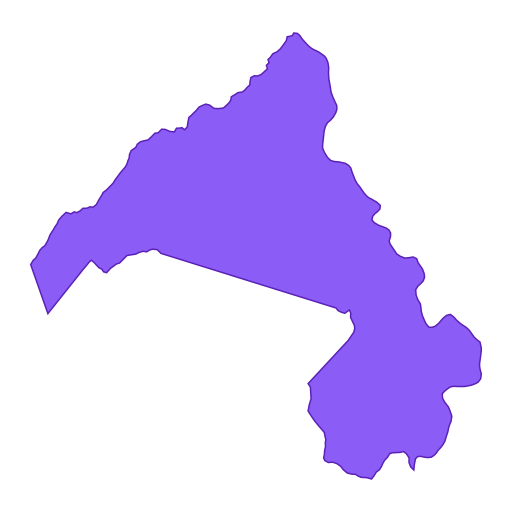 Várzea Grande, Mato Grosso, Brazil
{"feature_id": "56859067B85246185509081", "entity_name": "Várzea Grande", "entity_type": "district", "adm_level": 2, "iso_a3": "BRA", "parent_name": "Brazil", "parent_adm1": "Mato Grosso", "projection": "robinson", "projection_center": [-56.271, -15.559], "detail": "fine", "context": "isolated", "style": "filled", "palette": "violet", "viewbox_px": 512, "rotation_deg": 0, "n_neighbors": 0, "source": "geoboundaries", "source_scale": "gbopen_adm2", "svg_char_len": 4155}
<svg xmlns="http://www.w3.org/2000/svg" viewBox="0 0 512 512"><path d="M226.6,105.2L223.4,108.0L218.5,108.6L214.0,108.4L209.6,105.1L205.8,104.1L203.2,105.1L199.1,107.0L196.2,110.5L193.5,113.1L191.3,115.4L188.9,117.4L187.9,122.5L187.2,127.1L184.5,129.7L182.0,127.7L179.4,128.1L176.5,128.2L174.4,131.9L169.8,131.4L165.2,129.4L161.7,129.2L158.1,132.8L154.9,133.2L151.4,136.8L147.9,140.0L143.9,140.8L140.4,141.8L137.3,144.2L135.8,147.4L131.3,150.5L129.5,154.4L129.2,157.8L127.9,160.8L126.9,164.1L125.2,167.1L120.8,172.2L117.6,176.5L115.0,180.0L113.3,182.9L111.0,185.4L106.2,190.2L103.1,192.5L101.6,195.5L98.9,199.8L96.4,204.5L93.1,207.2L90.0,206.8L87.0,208.2L82.9,208.3L80.5,210.6L77.1,212.6L74.1,211.9L70.9,213.8L66.1,212.4L61.7,216.5L58.6,220.2L57.1,223.8L55.0,226.8L53.2,230.0L50.1,234.7L48.1,239.9L46.3,243.2L44.8,245.8L42.3,247.5L39.8,250.3L38.1,253.8L35.7,258.1L33.2,260.3L30.7,264.6L47.9,313.6L82.9,269.7L86.8,265.1L89.1,262.2L91.3,260.2L94.1,262.5L98.7,267.5L102.0,269.4L103.5,271.8L106.6,272.7L110.5,268.4L116.4,264.0L119.6,263.0L122.0,260.6L127.0,255.5L131.3,254.8L135.8,254.1L138.9,252.5L142.9,251.3L146.9,251.8L149.6,250.0L152.5,249.2L157.2,249.6L161.0,253.4L240.7,278.3L336.0,308.0L338.1,310.6L341.3,312.2L344.8,313.3L349.3,310.0L350.7,312.8L350.6,317.5L352.5,321.5L354.4,325.5L354.7,328.8L353.6,332.5L348.1,340.6L344.5,344.4L325.0,365.4L322.5,368.1L308.1,383.6L310.4,387.0L311.1,398.8L309.2,405.0L308.1,411.0L310.2,414.4L314.3,420.5L318.2,425.3L321.5,429.1L324.3,432.5L325.1,436.6L325.8,439.6L325.3,442.9L325.5,446.7L324.7,450.2L324.3,454.8L323.6,458.0L324.9,460.6L328.3,462.5L332.6,462.2L336.7,463.5L340.6,466.2L343.3,469.7L347.2,473.0L351.5,474.1L355.5,474.3L357.8,475.9L361.0,477.3L366.9,477.7L371.6,479.0L373.8,476.1L376.3,472.1L379.4,469.8L381.5,466.5L382.8,463.4L384.7,460.2L387.6,457.2L389.6,453.7L392.4,452.8L396.6,452.6L399.9,452.4L403.4,451.6L406.2,453.5L409.1,457.9L409.0,462.5L410.8,467.0L413.8,470.0L414.3,465.0L415.4,459.0L417.5,456.6L420.4,456.3L424.1,457.1L427.7,457.6L431.3,457.2L434.1,455.3L436.5,452.8L438.1,450.3L440.6,447.7L443.1,444.4L445.0,440.9L446.2,436.8L447.8,431.9L448.7,427.5L449.7,424.5L451.0,421.5L451.8,416.2L450.1,411.1L448.4,406.9L446.5,404.5L444.7,402.1L442.6,398.4L442.2,394.0L443.9,391.9L446.3,389.7L450.3,386.9L453.9,386.3L457.9,386.5L461.6,386.5L464.4,386.5L467.5,386.0L471.6,385.1L475.6,383.6L478.2,382.1L480.7,378.7L481.3,373.7L480.1,369.4L479.6,366.4L479.6,363.3L480.3,358.5L480.8,354.4L481.3,350.8L481.2,347.5L480.0,342.1L477.0,339.8L474.1,337.1L471.5,333.4L469.1,330.1L466.2,327.4L462.5,325.0L459.9,323.1L456.6,320.2L453.8,317.0L450.3,314.4L446.5,315.4L443.0,318.3L438.4,323.6L435.1,326.3L432.0,327.3L428.9,327.2L425.8,323.4L424.0,319.4L422.4,315.6L421.3,311.4L421.0,308.4L420.4,304.0L417.8,299.6L416.1,295.1L415.7,289.7L418.0,286.0L420.9,283.5L423.3,280.8L424.6,277.1L424.1,273.4L422.5,269.1L419.8,265.1L418.1,262.7L416.7,258.7L413.1,257.0L408.8,257.7L405.0,258.1L400.5,256.4L396.7,253.9L394.6,250.7L391.6,246.3L389.9,243.6L389.2,240.7L390.5,236.7L390.6,233.0L389.0,230.1L386.3,228.1L383.1,226.9L378.5,225.2L374.2,222.6L372.0,220.1L372.6,216.4L375.1,213.5L377.3,211.8L379.9,209.1L380.3,205.4L376.8,202.2L372.2,199.5L368.4,197.5L366.2,195.5L364.1,193.1L361.6,189.5L359.6,186.6L357.2,183.7L355.3,180.3L353.8,176.6L352.1,172.2L350.7,167.8L348.5,165.3L345.5,163.4L342.2,162.6L338.0,161.8L334.0,161.5L330.6,160.4L327.4,157.3L324.2,152.0L322.6,148.0L322.6,145.0L323.2,139.9L323.6,135.9L324.2,130.9L325.3,126.6L327.4,122.8L330.7,120.0L333.4,116.9L335.8,112.7L336.9,109.1L336.7,105.4L334.8,101.4L333.0,97.4L331.1,92.2L330.4,87.5L329.7,83.5L328.8,78.7L328.5,73.0L328.7,67.3L327.9,62.4L326.1,58.1L324.2,55.9L321.6,54.0L318.6,51.9L315.9,50.6L313.4,49.5L310.2,47.4L307.6,45.0L305.0,42.2L302.0,38.8L299.9,35.6L297.4,33.4L293.8,33.0L292.3,35.6L289.8,36.3L287.2,36.7L286.3,40.7L283.1,45.2L280.2,49.0L277.0,51.8L272.8,53.8L270.3,57.4L268.0,59.5L269.0,62.7L266.4,65.3L267.5,68.7L264.5,71.5L261.2,74.5L257.5,76.0L254.2,75.8L250.9,77.5L250.0,81.8L249.8,84.9L247.1,87.4L245.0,89.9L242.3,92.0L238.0,92.6L234.5,94.9L231.3,96.8L230.9,99.8L229.3,102.5L226.6,105.2Z" fill="#8b5cf6" stroke="#5b21b6" stroke-width="1.5"/></svg>